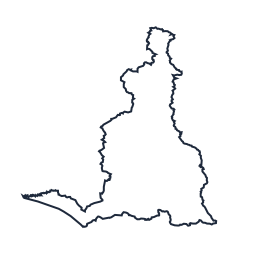 Portoviejo, Manabi, Ecuador (Equal Earth projection), rotated 276°
{"feature_id": "8360857B28339541752257", "entity_name": "Portoviejo", "entity_type": "district", "adm_level": 2, "iso_a3": "ECU", "parent_name": "Ecuador", "parent_adm1": "Manabi", "projection": "equal_earth", "projection_center": [-80.352, -0.999], "detail": "fine", "context": "isolated", "style": "outline", "palette": "slate", "viewbox_px": 256, "rotation_deg": 276, "n_neighbors": 0, "source": "geoboundaries", "source_scale": "gbopen_adm2", "svg_char_len": 5823}
<svg xmlns="http://www.w3.org/2000/svg" viewBox="0 0 256 256"><g transform="rotate(276 128 128)"><path d="M195.1,138.0L194.0,137.1L193.0,137.5L191.4,136.6L189.5,132.3L188.0,131.3L184.9,131.6L185.2,130.7L184.8,127.1L185.6,124.7L186.4,124.9L186.1,124.1L186.6,122.6L185.5,121.1L184.2,120.7L180.9,117.8L179.7,117.6L177.8,115.7L174.7,116.0L173.2,119.7L171.3,119.2L168.3,119.5L166.4,121.8L164.9,122.1L163.6,123.2L163.4,124.5L162.8,125.4L163.0,127.8L161.8,128.2L161.3,129.7L158.4,129.7L157.8,131.0L156.4,129.3L153.7,129.5L153.1,130.5L152.4,130.7L149.5,130.1L148.7,129.6L144.8,129.4L143.5,126.5L143.9,122.9L142.5,121.2L142.0,121.3L142.3,120.1L141.5,118.5L140.1,118.6L139.9,118.0L140.0,116.5L137.4,115.0L135.4,111.3L135.3,110.4L134.3,110.6L133.2,109.6L128.7,103.2L127.4,102.5L126.6,101.1L125.7,100.8L124.9,102.7L124.0,103.0L121.8,104.7L121.1,105.7L120.2,105.9L119.5,106.5L118.3,105.8L117.7,104.7L115.5,105.4L113.6,103.2L112.7,105.4L111.6,106.8L110.8,105.1L110.0,104.8L105.7,106.3L103.4,103.9L102.4,102.0L101.8,101.6L101.1,102.7L98.3,104.8L96.9,106.8L95.1,105.5L94.1,106.6L91.5,106.5L90.8,105.1L89.4,104.4L88.9,105.6L87.7,106.5L85.6,106.1L82.7,107.0L82.4,107.6L82.4,110.6L81.9,112.1L81.1,113.0L80.3,115.8L78.4,114.7L78.0,115.6L76.6,115.7L75.9,114.9L75.4,115.2L75.0,114.3L74.3,114.7L74.0,113.1L73.3,112.8L73.0,111.5L73.4,110.7L67.0,110.1L63.1,110.5L61.2,109.9L60.9,109.2L60.0,109.1L60.1,107.2L55.7,108.1L53.9,110.1L53.2,110.2L51.9,108.1L49.8,102.3L47.8,98.7L46.5,98.1L45.7,95.5L43.7,95.0L42.0,93.9L40.5,93.9L42.0,90.1L43.9,90.2L45.8,87.2L47.5,85.4L50.8,83.2L52.0,78.5L53.4,77.7L53.3,76.4L52.6,74.7L53.0,73.6L54.2,72.6L53.4,69.2L54.5,65.9L55.1,66.1L56.3,65.2L58.3,64.9L58.1,63.3L58.5,62.4L58.0,62.1L58.0,60.5L57.7,60.1L58.3,58.4L57.9,58.3L57.6,57.2L56.6,57.4L55.9,56.3L56.1,55.4L55.3,54.6L56.0,54.0L54.7,53.6L55.2,53.1L54.5,51.9L54.7,51.2L54.3,51.0L54.4,49.8L54.0,48.4L53.5,47.7L53.3,48.5L52.6,48.0L52.2,48.4L52.4,46.7L51.7,47.3L51.6,46.7L52.0,45.8L51.2,45.1L51.8,44.7L50.8,43.5L51.3,43.0L50.4,42.8L51.2,41.8L51.7,40.3L51.3,39.4L50.4,40.3L50.0,39.3L50.7,39.1L50.9,38.4L50.1,38.4L49.7,36.3L49.1,36.3L49.6,35.9L49.8,35.1L49.6,34.5L49.0,34.4L49.0,34.0L50.4,34.5L50.0,33.5L49.1,33.2L50.2,32.7L49.0,31.6L49.5,30.6L48.0,31.5L47.6,32.2L45.5,46.0L40.4,67.6L38.2,72.7L34.4,80.2L27.0,91.2L25.0,93.6L25.5,94.1L25.2,95.1L25.7,96.5L26.5,97.3L28.5,97.4L30.7,101.5L32.3,102.5L33.0,104.2L32.4,105.5L34.5,105.8L36.7,107.3L36.9,108.1L36.3,110.0L35.0,112.4L36.9,118.6L36.7,119.0L37.4,120.6L40.2,124.1L40.4,130.9L42.0,131.2L43.8,132.4L43.7,134.8L43.2,136.5L42.1,137.8L41.4,138.0L41.4,138.5L41.8,138.6L41.0,140.8L40.6,143.9L39.5,144.4L38.2,146.8L38.4,148.8L39.3,150.4L39.4,152.9L39.3,154.5L39.0,155.2L38.5,155.0L38.5,155.7L38.8,157.0L39.3,156.9L39.8,157.7L38.9,158.7L40.2,160.7L41.6,160.9L42.1,163.0L44.0,166.2L44.2,167.9L44.5,168.1L46.6,167.8L47.1,167.1L49.4,166.6L49.9,167.3L49.8,168.8L48.6,170.8L48.9,171.7L48.6,173.1L49.3,175.3L48.9,176.3L46.3,177.6L45.5,178.8L44.7,179.3L43.4,179.2L41.5,180.0L40.1,180.0L39.1,179.4L38.4,179.6L36.9,180.8L36.1,184.6L36.2,188.1L36.6,189.5L37.3,189.9L37.3,191.4L38.6,193.5L38.6,196.1L37.1,198.0L37.8,199.8L38.6,199.9L39.4,199.4L39.9,200.0L39.7,202.7L40.0,205.5L42.2,208.1L43.9,208.7L43.7,210.1L42.1,211.8L41.7,212.7L41.8,214.6L41.2,216.6L41.4,219.3L40.8,221.4L41.9,222.7L42.6,225.4L44.7,225.4L45.1,224.2L44.8,222.7L47.6,220.3L48.9,219.9L51.8,216.3L56.8,213.1L58.0,212.1L58.5,211.0L60.6,209.5L61.8,210.5L62.9,210.3L63.8,210.6L64.4,209.6L66.9,208.9L67.4,207.5L70.3,207.1L71.3,207.5L72.3,206.9L73.4,207.8L75.1,207.2L76.8,209.5L79.4,209.5L81.2,212.2L82.5,212.6L84.2,211.8L86.7,211.7L87.6,210.6L89.2,210.0L92.5,206.6L94.6,206.3L95.1,207.6L96.2,207.0L97.1,205.4L96.7,204.3L97.1,203.9L97.9,204.0L98.0,203.2L99.0,203.7L99.1,204.8L103.5,204.7L106.0,203.5L108.0,203.4L109.3,201.7L110.7,202.2L112.4,201.7L112.7,200.7L113.6,200.0L113.8,198.8L114.7,198.2L115.7,196.4L116.2,193.6L117.1,193.1L117.1,191.6L117.6,190.8L117.7,189.5L118.2,188.3L118.4,185.6L119.0,184.6L120.1,184.1L120.7,183.0L124.3,179.8L125.6,181.1L126.9,180.5L127.7,181.6L129.4,181.7L128.9,180.1L129.9,179.6L130.9,177.0L131.8,176.6L132.2,175.3L133.4,175.3L134.1,174.8L134.7,173.5L135.4,173.2L137.4,173.9L138.9,172.9L139.8,173.7L140.5,171.7L142.4,170.6L143.2,170.9L143.8,170.3L146.6,171.9L147.4,171.6L149.2,172.0L150.3,171.4L151.1,172.2L151.9,171.4L152.0,169.3L154.5,167.2L155.8,167.4L157.8,169.7L159.2,168.5L160.2,168.5L161.1,169.6L163.3,168.0L165.9,168.7L166.9,169.5L169.1,169.0L169.8,168.4L172.1,170.8L173.1,169.9L173.7,168.7L174.5,169.8L175.7,170.1L176.3,169.2L178.2,168.5L178.7,167.5L181.1,168.4L182.4,171.1L182.9,168.8L185.3,167.1L185.1,168.5L186.2,171.4L186.0,173.5L186.5,175.4L187.7,175.8L189.5,175.4L189.3,175.1L190.2,172.8L190.9,172.7L191.0,170.4L191.5,169.7L192.0,169.8L193.1,168.1L195.5,166.4L196.1,164.5L197.5,162.9L198.6,162.9L199.5,162.4L201.5,163.6L201.9,162.3L203.5,161.8L204.4,160.4L206.1,160.1L207.0,158.5L207.7,158.5L209.0,159.6L211.1,158.8L214.9,159.6L216.0,159.1L218.4,160.2L219.2,160.9L219.6,160.7L219.6,161.3L220.3,161.3L221.1,163.6L222.3,164.8L224.1,163.6L225.3,164.3L225.6,162.5L226.0,162.1L225.4,160.8L226.3,161.3L227.3,160.0L227.5,158.7L228.4,157.4L228.3,155.1L227.8,152.8L229.1,152.5L229.3,151.6L229.8,151.5L229.5,150.1L230.0,148.0L229.7,146.8L231.0,145.1L229.9,143.0L230.1,141.2L229.6,139.7L227.4,141.0L226.9,139.8L226.1,139.7L224.9,138.2L223.9,140.3L223.2,139.5L220.9,138.8L220.3,139.1L219.2,138.2L217.3,137.5L216.0,137.8L215.9,138.9L215.2,139.0L215.1,139.7L214.5,140.1L212.7,139.3L212.3,138.5L208.4,138.7L208.8,139.5L208.8,141.1L206.3,144.3L205.3,144.4L204.2,147.9L203.7,146.8L202.5,147.1L202.0,145.3L200.9,144.7L199.1,144.9L198.7,145.7L198.2,145.8L198.2,146.4L196.7,146.8L195.7,146.2L195.3,144.6L194.7,144.1L193.6,144.5L193.2,144.3L194.3,142.6L194.6,140.5L195.2,139.3L195.1,138.0Z" fill="none" stroke="#1e293b" stroke-width="2"/></g></svg>